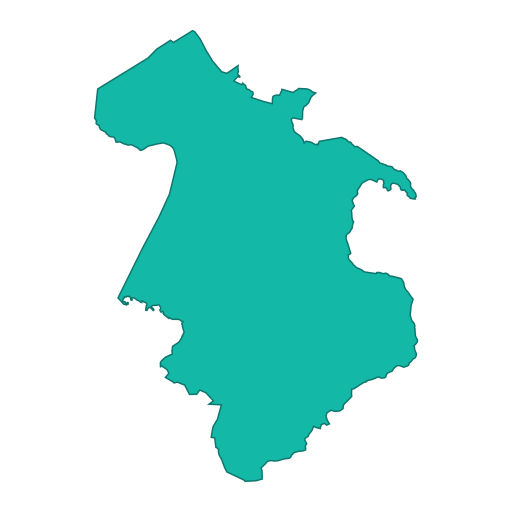 Epatlán, Puebla, Mexico
{"feature_id": "50627088B13009313759140", "entity_name": "Epatlán", "entity_type": "district", "adm_level": 2, "iso_a3": "MEX", "parent_name": "Mexico", "parent_adm1": "Puebla", "projection": "albers", "projection_center": [-98.367, 18.615], "detail": "fine", "context": "isolated", "style": "filled", "palette": "teal", "viewbox_px": 512, "rotation_deg": 0, "n_neighbors": 0, "source": "geoboundaries", "source_scale": "gbopen_adm2", "svg_char_len": 6066}
<svg xmlns="http://www.w3.org/2000/svg" viewBox="0 0 512 512"><path d="M414.9,326.7L414.5,324.3L413.5,322.5L412.3,321.3L411.2,318.8L410.2,315.5L411.1,305.5L413.1,299.1L411.6,297.4L408.0,292.1L405.9,289.8L404.3,286.5L403.6,282.3L401.6,279.0L400.5,278.4L392.2,276.2L390.5,276.2L389.3,275.6L388.0,274.2L386.0,273.2L383.3,273.6L381.9,273.4L380.3,272.6L377.6,272.4L376.6,272.7L376.5,273.4L375.9,273.6L365.3,272.1L363.7,271.5L361.5,269.8L356.7,267.7L353.2,264.6L352.4,263.2L348.4,258.8L348.3,254.8L349.5,254.4L350.7,253.4L347.7,243.4L346.0,238.9L346.4,234.8L349.8,232.1L351.3,229.4L352.1,228.4L352.0,227.6L352.4,226.9L352.6,224.7L353.5,222.0L353.5,221.4L353.0,221.2L352.5,220.1L351.9,217.2L351.7,212.4L351.2,210.4L354.4,206.1L353.2,203.8L352.8,202.2L352.2,201.0L352.4,199.7L354.0,197.3L355.4,196.5L357.4,194.6L357.2,193.8L357.7,193.5L357.3,191.7L357.5,190.3L362.2,183.0L365.7,181.0L368.8,179.5L370.1,179.4L371.9,179.8L376.8,182.0L377.9,179.4L380.2,178.9L381.6,179.2L383.5,180.3L383.6,182.0L384.0,183.3L383.4,184.3L383.3,187.4L383.7,187.8L385.3,187.6L386.7,188.1L387.5,190.6L387.9,190.8L389.5,190.4L390.9,189.1L390.8,187.4L390.5,186.4L391.3,184.1L391.9,183.6L393.3,183.2L394.3,183.2L398.2,184.6L399.2,186.0L400.2,186.8L400.6,189.2L401.2,189.9L402.2,190.3L402.6,189.8L403.9,190.3L404.9,190.1L405.8,191.7L407.4,193.1L407.1,195.0L407.7,195.8L409.4,197.0L410.2,198.2L412.5,198.8L415.2,199.0L414.7,197.9L416.0,197.1L416.1,195.6L415.5,193.2L414.3,191.7L413.5,190.0L412.1,188.9L410.8,187.0L410.5,185.9L410.7,183.5L410.3,182.4L408.3,179.6L407.2,178.9L406.6,178.0L405.9,175.8L403.1,172.5L400.1,170.8L399.0,171.3L398.4,171.2L397.0,170.7L396.8,170.3L394.8,169.7L393.4,168.6L392.4,167.1L391.6,166.7L390.6,166.4L387.1,166.1L387.0,165.7L385.8,165.0L379.7,162.9L378.2,160.8L358.2,147.0L356.9,146.4L355.0,146.8L351.7,143.8L350.7,142.2L350.2,142.0L349.2,142.1L348.0,141.3L347.0,140.1L344.7,138.6L343.7,138.6L343.3,138.1L342.7,138.2L341.8,137.4L319.4,141.3L317.8,144.8L317.4,144.1L315.5,144.7L311.1,142.2L306.0,141.2L304.1,142.9L303.0,139.5L300.1,135.9L296.4,133.3L294.2,131.4L292.8,127.4L293.1,126.5L292.9,124.1L291.7,121.9L291.4,119.1L292.6,118.0L293.6,118.0L301.7,119.6L302.5,118.1L302.6,111.4L303.7,107.3L304.3,106.4L306.0,105.5L308.7,102.7L310.9,97.4L312.6,95.5L315.7,93.0L312.5,91.9L310.9,90.6L308.4,89.3L306.5,88.9L301.8,88.6L301.2,88.8L299.3,88.4L298.4,88.7L297.9,89.4L294.1,91.6L293.2,92.5L281.9,89.3L281.8,90.3L279.5,95.3L277.4,95.0L276.1,95.2L274.7,95.5L273.0,96.4L272.5,98.9L272.3,103.7L272.1,103.7L263.2,101.4L251.3,97.5L253.0,94.5L253.1,93.0L252.8,92.0L250.3,90.8L249.2,89.7L247.2,89.2L246.3,88.3L245.6,85.7L244.7,84.7L243.2,83.9L242.7,83.1L241.6,84.7L234.4,81.4L233.9,80.8L237.8,76.5L239.7,77.2L239.9,76.8L239.4,75.7L238.1,74.8L237.5,73.1L238.4,71.7L237.8,67.9L238.1,65.7L226.9,73.3L221.6,71.8L212.5,61.0L206.3,50.8L200.1,38.9L194.8,31.8L192.5,30.7L173.4,42.5L170.5,40.3L156.8,49.1L147.9,58.1L97.7,89.0L94.6,118.0L96.6,121.1L96.2,122.0L96.2,123.7L97.1,124.5L99.1,125.5L99.4,127.3L100.6,129.5L105.7,132.2L106.5,133.9L107.5,134.3L108.9,136.0L110.4,136.7L112.5,136.8L114.5,137.6L116.2,142.2L120.1,141.9L122.8,143.3L125.3,144.3L125.8,144.1L127.7,145.1L131.6,144.7L137.5,147.8L140.5,150.4L142.2,150.0L145.6,148.0L147.6,146.3L157.7,143.8L163.7,142.9L170.0,145.3L172.8,147.7L174.3,150.6L176.5,159.0L177.1,162.5L169.5,194.1L158.8,217.4L143.3,246.7L118.0,297.9L123.9,304.3L126.4,304.9L128.1,304.2L128.2,303.0L127.8,302.4L126.3,303.4L125.6,303.5L125.6,302.6L125.2,302.0L122.8,301.2L122.6,300.2L123.2,299.2L123.3,298.3L124.2,297.9L124.4,296.8L125.3,296.7L125.9,297.1L127.0,296.2L127.9,296.2L128.2,296.6L128.8,296.3L129.9,296.6L130.3,297.4L130.7,299.3L131.2,300.2L131.9,300.3L132.2,299.6L131.7,298.7L132.0,297.8L133.1,297.8L134.4,298.1L136.0,299.2L136.5,299.8L138.8,300.7L140.7,302.2L141.7,302.5L141.7,301.3L142.1,300.8L143.2,301.4L143.6,301.9L145.3,302.4L146.5,303.1L146.8,304.1L146.0,307.0L146.3,307.5L145.7,309.1L145.8,310.3L147.0,310.4L148.1,308.1L149.4,307.4L150.6,307.8L153.3,310.6L153.7,310.3L153.8,309.6L153.2,308.5L151.5,307.5L151.2,306.9L151.4,306.4L152.8,305.5L157.1,305.2L158.2,304.8L159.1,305.1L160.6,307.3L160.5,309.3L159.8,310.0L160.8,312.0L161.3,312.1L163.0,311.4L163.7,313.4L163.3,313.6L164.4,315.0L168.9,318.4L169.2,317.5L172.2,319.3L178.0,319.3L179.9,319.9L180.8,320.4L181.3,321.1L182.9,321.6L181.7,323.9L182.2,324.7L182.9,328.2L184.1,332.1L182.6,335.4L182.8,335.5L182.6,336.1L182.2,336.0L181.4,338.2L179.0,342.1L172.6,346.3L171.9,351.4L172.3,353.6L172.2,354.0L171.8,354.5L170.0,355.0L165.2,357.4L161.5,360.9L160.4,362.5L160.5,367.5L161.0,365.4L167.1,369.7L168.9,373.3L165.4,377.4L172.8,381.8L174.2,383.0L177.2,382.1L184.2,384.9L184.5,384.7L189.5,394.4L196.7,394.3L199.7,390.1L205.9,392.7L213.4,400.9L209.0,404.2L221.4,404.8L217.4,419.4L213.3,426.2L212.7,428.3L211.2,437.3L214.7,437.9L215.9,447.4L217.5,448.2L218.5,449.6L218.5,452.4L219.2,455.1L221.6,459.5L224.7,467.7L226.9,472.0L244.3,480.2L245.0,481.3L256.3,480.7L262.2,479.0L262.0,470.4L261.0,467.9L265.2,464.0L267.3,461.5L269.5,460.7L271.9,460.6L274.3,461.0L278.2,460.7L283.6,459.0L288.9,458.3L290.5,457.4L291.8,454.9L294.1,452.6L299.0,451.2L300.5,451.2L304.0,450.6L305.7,449.8L305.4,446.7L305.7,445.1L306.7,443.8L304.8,439.9L305.0,438.7L306.5,437.3L308.2,436.3L309.0,434.2L312.2,430.0L313.5,426.3L316.5,427.6L320.2,428.6L321.2,424.6L324.4,423.4L326.6,425.1L329.4,423.9L327.6,420.9L325.9,416.4L326.9,412.9L330.9,410.2L334.9,411.4L339.8,410.9L343.0,408.7L343.5,404.8L351.7,396.5L351.5,393.1L351.7,389.2L354.2,388.6L363.1,382.8L366.7,381.6L366.6,380.7L372.1,379.5L377.1,377.4L377.5,377.1L379.4,377.1L380.8,378.0L381.9,378.1L384.5,377.8L385.3,377.4L385.9,376.5L386.1,375.3L387.3,373.3L390.1,371.8L391.8,371.4L392.6,370.6L392.8,369.8L394.4,367.8L396.7,366.0L397.6,365.6L399.9,365.7L403.8,367.2L407.7,365.8L408.7,365.0L409.3,362.6L410.7,361.9L413.2,358.8L414.4,358.4L415.4,357.5L415.8,356.7L416.5,354.2L414.6,349.5L414.5,347.2L413.9,345.8L415.4,344.5L416.8,342.6L417.4,341.6L417.4,340.0L415.3,335.6L415.4,333.3L415.0,332.3L415.0,328.9L414.4,327.7L414.9,326.7Z" fill="#14b8a6" stroke="#0f766e" stroke-width="1.5"/></svg>